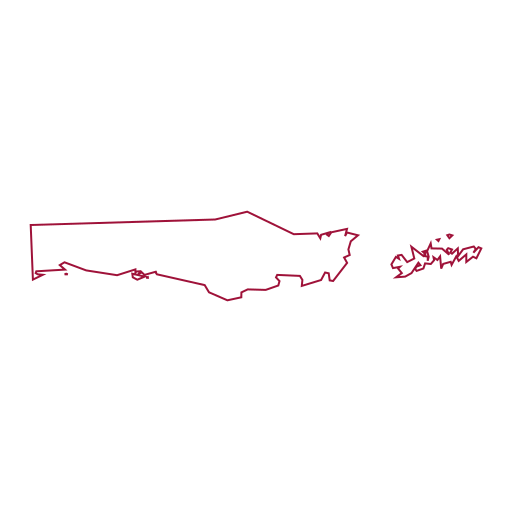 the district of Ushuaia, Tierra del Fuego, Argentina
{"feature_id": "61730980B87507155551581", "entity_name": "Ushuaia", "entity_type": "district", "adm_level": 2, "iso_a3": "ARG", "parent_name": "Argentina", "parent_adm1": "Tierra del Fuego", "projection": "albers", "projection_center": [-65.54, -54.787], "detail": "medium", "context": "isolated", "style": "outline", "palette": "rose", "viewbox_px": 512, "rotation_deg": 0, "n_neighbors": 0, "source": "geoboundaries", "source_scale": "gbopen_adm2", "svg_char_len": 1907}
<svg xmlns="http://www.w3.org/2000/svg" viewBox="0 0 512 512"><path d="M30.7,225.0L32.9,279.6L42.8,274.8L37.7,274.3L35.7,273.1L36.3,271.3L65.0,269.6L59.8,265.1L64.5,262.3L86.2,270.4L117.1,275.2L135.4,269.4L135.4,272.8L136.4,271.5L140.6,271.2L144.5,274.9L156.6,271.5L155.6,272.4L156.9,274.3L204.7,285.1L209.0,292.3L227.4,300.3L241.3,297.3L241.4,292.4L247.7,289.4L265.7,289.9L278.3,285.5L279.5,281.1L276.0,277.4L277.2,274.9L299.9,275.9L302.4,279.9L301.8,285.9L321.1,280.0L325.1,272.5L328.7,273.3L329.7,280.4L333.1,281.0L347.1,262.9L344.1,257.5L349.7,255.0L348.4,249.4L350.8,241.3L358.0,235.3L347.0,232.5L345.1,236.1L347.0,228.9L331.3,232.3L328.8,236.0L327.0,234.7L328.6,232.6L321.1,234.8L320.3,238.3L317.3,233.4L293.8,234.2L247.2,211.7L215.2,219.5L30.7,225.0ZM431.5,248.4L430.7,243.4L427.1,251.2L428.7,256.7L427.7,260.8L427.8,256.6L425.1,256.2L425.6,250.8L422.8,251.7L424.5,253.2L424.3,255.9L423.6,256.2L411.4,246.7L414.3,258.5L407.2,262.1L401.6,254.9L397.9,255.5L399.0,258.8L395.9,256.9L391.4,264.4L393.0,268.1L399.9,266.8L398.1,268.5L401.8,273.1L396.1,277.3L405.2,276.6L411.5,273.1L418.4,262.7L420.4,265.2L416.5,266.6L415.1,268.9L416.6,270.9L423.4,268.5L425.1,263.4L430.8,264.0L434.1,260.2L433.5,257.2L437.4,260.0L440.1,256.4L441.2,268.6L443.2,263.9L450.7,261.8L451.6,264.9L456.3,256.3L458.7,260.9L466.3,254.4L466.3,262.0L473.0,256.7L476.4,258.3L481.3,248.4L478.5,247.2L473.4,252.7L475.8,249.0L473.8,246.5L463.1,249.3L458.1,256.1L457.8,248.4L452.0,253.7L450.3,252.6L452.0,249.5L448.2,248.2L446.8,249.7L449.1,254.7L442.0,248.6L431.5,248.4ZM144.7,276.6L132.3,273.7L132.8,277.3L137.3,279.7L144.7,276.6ZM452.3,235.4L449.4,234.5L447.3,235.2L449.4,238.2L452.3,235.4ZM140.0,272.1L138.8,273.6L141.0,272.8L140.0,272.1ZM439.3,239.2L437.0,239.7L438.4,241.0L439.3,239.2ZM67.8,274.3L66.2,273.7L64.6,274.3L67.8,274.3ZM147.8,277.1L146.2,277.8L147.9,277.8L147.8,277.1Z" fill="none" stroke="#9f1239" stroke-width="2"/></svg>